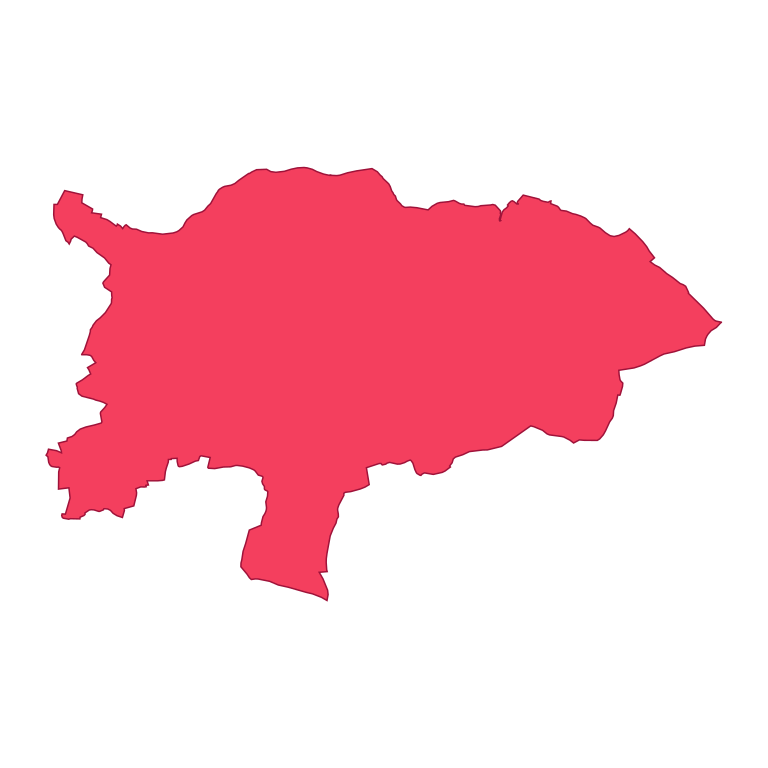 outline of Ceanu Mare, Cluj, Romania
{"feature_id": "2599482B18461977466611", "entity_name": "Ceanu Mare", "entity_type": "district", "adm_level": 2, "iso_a3": "ROU", "parent_name": "Romania", "parent_adm1": "Cluj", "projection": "robinson", "projection_center": [23.937, 46.642], "detail": "fine", "context": "isolated", "style": "filled", "palette": "rose", "viewbox_px": 768, "rotation_deg": 0, "n_neighbors": 0, "source": "geoboundaries", "source_scale": "gbopen_adm2", "svg_char_len": 6030}
<svg xmlns="http://www.w3.org/2000/svg" viewBox="0 0 768 768"><path d="M721.9,322.3L716.2,321.1L714.8,320.5L712.9,318.9L703.6,308.2L688.4,293.3L688.6,292.7L688.3,291.9L685.7,286.3L683.2,284.7L680.1,283.5L672.6,277.5L666.7,273.6L659.7,267.5L654.7,265.0L650.1,261.6L654.5,257.8L649.2,251.0L646.8,246.8L642.8,241.7L635.3,233.9L629.3,228.7L627.7,230.7L625.6,232.2L619.0,235.4L614.1,236.5L610.1,235.7L605.4,232.7L600.1,228.1L598.4,227.2L592.8,225.2L590.3,223.1L585.9,218.6L584.6,217.8L580.7,216.0L575.9,214.4L572.6,213.7L566.4,211.1L561.2,210.4L560.4,209.9L558.6,207.3L557.3,206.2L550.6,203.6L551.0,201.0L550.2,201.1L548.1,202.3L543.1,201.3L540.6,200.4L539.1,199.1L523.2,195.1L517.6,201.5L517.2,203.2L518.8,204.1L516.7,203.9L514.0,201.6L512.3,200.8L511.0,201.3L509.3,202.8L507.5,205.0L508.2,205.9L507.9,206.3L506.5,207.9L504.0,209.7L502.3,212.0L500.2,219.6L500.2,220.2L500.7,220.6L499.9,221.0L499.5,220.5L499.4,218.7L500.7,214.9L500.7,214.1L500.3,213.4L500.5,211.7L500.4,210.8L495.3,205.2L492.8,204.5L490.4,205.0L480.9,205.7L478.2,206.5L475.1,206.7L464.6,205.3L463.9,204.1L461.7,204.1L459.4,203.4L455.2,201.0L453.6,200.4L448.5,201.7L440.1,202.5L437.2,203.3L432.0,206.3L428.1,209.9L416.8,207.7L410.3,207.1L405.4,207.4L404.4,207.2L401.8,205.7L400.5,203.9L397.0,200.5L396.4,199.4L395.4,196.1L393.7,194.4L393.1,192.9L391.7,190.9L390.2,186.5L388.7,183.8L383.1,178.5L382.1,176.7L380.2,175.1L377.4,171.8L372.0,168.6L356.5,170.9L347.5,172.8L339.9,175.2L336.8,175.6L332.3,175.4L330.1,174.9L329.9,175.0L330.5,175.4L329.6,175.4L323.7,174.1L316.8,171.6L312.3,169.3L307.2,167.9L304.0,167.5L297.4,167.9L291.2,169.2L284.4,171.3L275.9,172.3L270.8,171.6L266.6,169.3L256.6,169.7L251.9,171.9L249.4,173.5L248.6,173.5L238.8,180.3L234.9,183.5L231.1,185.2L224.6,186.4L222.5,187.3L219.5,189.2L218.2,190.5L217.9,191.4L216.3,193.5L210.6,203.6L207.9,206.1L204.6,210.2L202.1,211.8L193.7,214.5L191.7,215.6L186.9,219.9L185.0,222.9L183.0,226.9L179.0,230.5L176.8,231.8L173.1,233.0L162.6,234.2L152.4,232.8L148.6,232.9L141.8,231.5L136.5,229.2L132.5,229.0L130.2,228.1L126.2,224.8L125.2,225.3L123.9,226.7L122.7,228.6L120.6,226.1L117.4,224.1L117.2,225.0L116.2,226.1L109.9,221.4L106.9,219.6L100.6,217.6L101.5,214.2L91.6,212.8L92.4,210.6L92.6,209.0L81.8,202.8L82.0,199.1L82.8,194.8L64.7,190.6L57.4,204.4L54.0,204.4L53.7,214.6L54.2,218.6L56.2,224.1L58.3,227.4L59.7,229.0L60.9,229.9L62.0,231.3L63.1,233.6L65.9,240.7L68.1,242.3L69.2,244.0L70.6,241.2L71.1,239.2L74.3,236.1L77.3,237.3L85.7,242.0L87.2,243.6L88.6,246.0L93.0,248.2L97.0,252.6L104.5,257.9L108.8,263.2L111.0,264.7L110.0,268.6L109.6,275.1L104.5,280.7L103.3,282.2L102.9,283.2L104.6,287.3L111.6,291.9L111.7,295.3L112.1,297.9L111.6,299.1L111.5,302.5L111.2,303.6L105.4,312.6L100.1,317.9L96.4,320.8L93.1,325.1L92.2,327.2L90.4,329.7L90.3,331.8L89.3,335.5L84.4,349.9L81.7,354.4L81.8,354.7L86.6,354.7L90.0,355.3L91.6,356.4L93.8,360.4L95.8,362.7L87.5,367.6L88.9,369.8L90.7,374.0L88.3,375.4L82.3,379.9L76.7,383.2L76.2,383.9L76.8,386.0L77.3,386.9L77.2,388.5L78.6,393.7L82.0,396.2L93.5,399.1L95.8,400.1L99.5,401.0L103.5,402.4L107.0,404.3L104.8,407.5L100.7,412.0L100.5,412.6L100.4,413.6L101.9,421.9L101.1,423.1L94.4,425.0L85.9,427.0L80.2,429.1L76.7,431.8L74.7,434.5L72.0,436.5L67.4,438.0L66.9,441.0L58.4,443.1L61.3,450.9L61.5,452.8L56.6,450.7L48.5,449.2L47.5,452.8L46.1,455.2L47.9,456.8L48.7,462.3L49.6,464.4L50.6,465.7L52.0,466.5L56.6,467.2L58.6,467.1L59.7,467.7L58.7,471.9L58.5,489.1L68.9,487.8L70.1,498.0L65.4,514.1L62.1,513.9L61.7,515.5L62.3,517.4L63.3,518.2L68.8,519.2L70.3,518.7L79.9,518.9L80.1,517.2L83.8,515.6L85.0,514.5L85.0,512.9L89.3,510.0L91.3,509.7L94.0,509.9L98.7,511.4L99.6,511.4L103.5,509.8L103.7,508.9L104.4,508.7L107.8,509.0L110.5,510.4L113.1,513.3L117.0,515.7L122.4,517.5L124.4,510.6L124.2,508.6L133.8,505.9L136.4,495.3L136.6,492.8L135.9,488.7L140.7,486.9L144.7,487.0L146.2,486.7L145.8,485.7L145.9,485.3L148.4,485.0L147.1,480.8L157.5,480.8L162.5,480.4L164.4,479.9L165.4,471.6L166.3,468.1L168.3,462.1L168.4,459.5L171.2,459.4L171.3,458.6L177.1,458.3L177.2,461.6L178.1,465.6L178.5,466.3L179.5,466.7L182.3,466.3L189.1,464.0L195.4,461.1L198.4,460.5L199.8,456.5L201.1,455.8L210.2,457.5L207.8,467.3L208.4,468.2L214.7,468.6L223.5,467.0L230.7,466.8L235.4,465.5L237.0,465.4L242.6,466.1L249.4,467.9L253.7,469.8L255.1,470.9L258.3,475.1L261.8,476.1L262.7,476.7L263.0,477.7L261.9,481.3L262.6,483.8L264.4,486.5L264.4,488.9L264.6,489.4L265.2,490.0L267.4,491.1L267.8,491.7L267.5,496.2L265.8,501.8L266.5,507.4L266.4,509.3L265.9,511.3L264.9,513.6L263.0,516.6L261.4,522.9L261.2,525.2L249.3,530.1L245.6,543.7L243.1,551.3L241.8,559.9L241.0,563.0L240.9,566.8L247.0,574.1L249.4,577.7L251.3,579.5L255.3,578.9L258.1,579.0L269.6,581.3L278.3,585.0L288.2,587.2L306.4,592.4L312.4,593.8L321.4,597.3L327.0,600.5L328.1,594.6L327.6,590.2L323.0,578.9L319.2,572.3L327.2,571.6L326.7,569.8L326.2,562.4L326.3,558.7L327.0,553.3L330.2,535.9L333.3,528.2L336.0,523.1L336.9,519.1L338.4,516.8L338.3,514.0L337.6,510.1L337.7,508.2L338.9,504.8L343.9,495.3L343.8,493.3L345.3,492.3L350.8,491.6L360.2,489.0L365.0,487.1L369.2,484.6L366.4,467.7L379.2,463.5L381.0,463.5L382.2,464.9L382.6,464.9L385.8,464.1L387.1,463.1L389.7,462.4L397.3,464.1L400.2,464.0L404.6,462.6L407.3,461.1L410.1,460.1L410.6,460.2L411.4,461.0L412.9,463.2L414.9,469.6L416.3,472.6L417.0,473.5L419.9,475.2L420.9,475.4L422.2,474.0L424.5,472.9L433.3,474.4L442.2,472.4L445.1,471.0L450.4,467.0L449.6,466.0L452.1,462.8L453.3,458.9L455.4,457.1L462.8,454.7L469.4,451.6L482.7,450.0L487.4,449.9L501.6,446.4L530.7,425.9L533.9,426.7L542.6,430.3L546.9,433.8L549.5,434.9L561.7,436.5L563.8,437.0L570.0,440.2L573.6,443.0L579.4,439.9L584.2,440.3L597.3,440.4L599.7,438.9L603.3,434.8L605.5,430.9L609.7,421.8L612.3,418.2L613.3,415.7L613.6,410.6L616.2,403.0L617.8,395.0L619.9,395.2L620.5,393.6L622.5,386.5L622.8,383.1L620.8,381.1L620.0,379.7L619.1,374.6L618.8,370.3L634.1,367.9L640.6,365.8L644.5,364.2L659.7,356.0L664.0,354.0L674.4,351.7L686.3,347.9L694.8,346.1L704.4,345.3L705.5,339.0L707.0,335.8L708.2,334.0L711.2,330.6L716.4,327.4L720.9,322.6L721.9,322.3Z" fill="#f43f5e" stroke="#9f1239" stroke-width="1.5"/></svg>